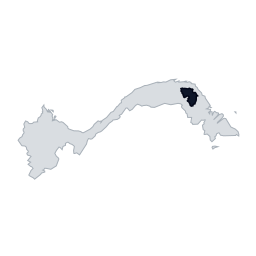 Lâm Đồng on a map of Vietnam (Natural Earth projection), rotated 267°
{"feature_id": "VNM-480", "entity_name": "Lâm Đồng", "entity_type": "Province", "adm_level": 1, "iso_a3": "VNM", "parent_name": "Vietnam", "parent_adm1": "", "projection": "natural_earth1", "projection_center": [108.021, 11.753], "detail": "fine", "context": "in_parent", "style": "filled", "palette": "ink", "viewbox_px": 256, "rotation_deg": 267, "n_neighbors": 0, "source": "natural_earth", "source_scale": "10m", "svg_char_len": 5819}
<svg xmlns="http://www.w3.org/2000/svg" viewBox="0 0 256 256"><g transform="rotate(267 128 128)"><path d="M155.4,45.2L153.3,45.3L151.1,47.3L148.3,48.5L147.6,52.0L145.2,53.5L144.0,52.8L141.6,53.5L139.1,52.8L140.0,56.7L137.4,59.9L137.7,61.9L137.0,63.4L132.5,67.9L131.2,67.9L130.2,68.7L128.0,73.9L127.7,78.3L126.8,80.8L125.8,81.9L125.6,83.2L128.9,90.2L131.2,93.0L133.4,94.4L136.7,98.5L136.1,99.6L136.4,101.9L134.8,101.2L135.0,101.5L136.9,102.7L139.6,107.2L144.5,111.8L145.3,114.2L150.0,118.0L149.9,118.5L153.2,121.6L153.6,122.8L156.1,122.7L158.4,126.3L159.1,126.3L159.3,127.8L163.1,133.8L166.2,136.9L167.7,142.5L169.5,146.8L169.6,149.3L172.3,159.7L172.1,161.0L171.6,159.7L171.7,163.6L172.2,165.7L171.9,168.3L173.9,173.1L174.2,178.4L172.8,176.2L171.3,177.7L172.4,181.5L171.1,181.2L171.3,186.3L171.8,188.1L171.7,188.7L171.0,187.4L170.5,189.8L171.0,191.5L170.2,193.3L169.0,193.5L168.3,197.3L166.2,197.6L164.7,199.3L162.8,200.0L159.2,203.3L156.9,203.8L155.7,206.5L153.7,206.8L146.2,211.3L145.4,210.2L144.0,209.8L143.0,207.4L142.2,211.3L141.6,211.5L140.5,210.8L139.4,209.2L137.8,210.3L139.6,210.6L140.0,211.6L139.8,212.8L136.0,212.8L139.4,214.4L140.1,215.5L138.5,217.4L138.5,218.7L137.7,219.3L135.8,218.1L131.8,213.9L136.6,219.9L137.4,222.6L136.3,223.8L134.9,223.9L132.7,222.1L129.1,217.8L127.9,217.2L132.1,223.3L132.7,224.7L132.2,226.2L123.6,230.8L121.3,235.1L118.6,237.7L115.8,238.4L114.2,238.2L115.9,235.9L114.9,235.1L115.2,223.1L116.0,220.0L118.4,218.7L118.4,218.1L117.6,216.2L115.6,215.5L114.7,214.2L112.9,214.7L109.9,211.1L111.7,209.5L115.3,209.3L117.8,206.8L117.5,204.0L117.8,203.6L121.3,204.6L122.5,203.0L126.9,202.5L128.2,204.3L129.3,204.0L131.3,205.3L132.2,205.4L131.8,203.5L132.1,201.8L128.2,197.9L128.2,192.8L129.2,192.6L130.2,191.0L135.2,192.1L135.4,188.2L139.1,187.7L139.9,186.6L142.0,186.2L145.6,182.8L147.1,182.6L147.9,183.5L149.4,181.9L150.0,179.3L149.0,172.0L150.7,165.9L147.2,155.6L147.6,152.0L148.7,150.8L149.8,147.8L149.6,144.5L149.1,142.9L150.0,141.7L151.3,138.8L150.1,136.7L146.5,133.3L145.1,130.6L148.0,128.3L148.0,127.0L142.1,122.3L141.1,119.9L139.7,120.8L138.6,120.2L137.2,117.9L136.7,113.3L135.7,112.6L133.7,109.4L130.4,106.4L126.4,101.6L125.6,100.2L125.1,97.9L123.5,95.4L121.9,94.9L119.1,91.6L118.8,90.3L119.5,88.0L117.6,86.8L114.1,85.7L103.7,78.2L105.9,75.5L105.3,73.1L105.5,72.6L108.4,72.5L112.5,73.5L114.5,71.4L115.4,69.2L116.9,67.5L116.9,66.5L115.9,64.7L114.0,64.7L113.0,62.1L109.8,61.1L111.9,59.4L112.6,58.1L109.6,55.5L106.5,53.6L103.7,54.9L101.6,57.0L100.6,57.3L93.9,54.4L90.8,48.8L92.0,44.2L92.1,42.6L90.8,41.8L90.4,40.7L89.4,42.6L88.4,42.6L87.5,39.2L86.3,38.4L81.8,32.1L83.2,30.8L85.4,27.2L86.2,26.5L90.7,29.0L92.6,31.1L94.5,29.7L94.6,28.9L97.0,26.3L99.0,29.0L100.7,26.1L104.7,29.7L105.3,29.0L106.1,26.5L107.2,25.8L108.1,25.7L109.2,27.1L110.1,27.2L112.1,25.7L114.1,25.5L115.4,24.1L115.8,21.3L116.3,20.8L121.5,17.6L123.6,19.3L124.9,21.7L126.7,22.4L128.6,24.0L130.1,23.7L130.6,23.2L132.4,23.3L134.1,24.9L137.4,24.2L140.4,26.1L139.4,28.2L137.9,29.2L137.5,30.3L137.5,32.7L138.8,34.2L138.9,38.1L139.7,37.8L142.7,38.9L143.9,40.9L145.4,42.0L146.5,42.1L147.5,43.7L148.6,43.2L149.0,43.8L151.2,43.6L152.7,43.0L155.4,45.2ZM105.2,211.4L105.4,213.9L104.6,216.8L103.8,213.6L102.5,211.7L104.2,210.9L105.2,211.4ZM150.7,49.5L148.9,51.4L148.2,51.4L149.1,48.7L150.7,49.5ZM143.5,56.6L143.0,56.6L142.0,55.4L142.5,54.8L143.6,55.2L143.9,55.8L143.5,56.6ZM149.7,53.9L149.0,54.3L148.1,54.2L150.0,52.3L149.7,53.9ZM140.5,53.9L141.2,55.8L140.2,54.8L140.5,53.9ZM145.4,210.6L144.0,212.2L143.9,211.5L145.4,210.6ZM138.4,236.6L137.3,236.6L138.5,235.6L138.4,236.6Z" fill="#d9dde1" stroke="#a8b0b8" stroke-width="1"/><path d="M164.9,184.7L164.7,184.9L164.6,185.1L164.5,185.3L164.4,185.5L164.5,185.8L164.5,186.1L164.6,186.4L164.4,187.8L163.9,189.8L163.9,190.2L164.0,190.5L164.3,190.9L164.4,191.1L164.5,191.2L164.4,191.5L164.1,192.2L163.6,192.6L163.5,192.8L163.5,193.0L163.6,193.9L163.5,194.1L163.4,194.5L163.1,194.8L162.9,194.7L162.6,194.5L162.3,194.4L160.6,194.5L160.4,194.6L160.1,194.7L159.9,194.9L159.8,195.1L159.7,195.3L159.7,195.6L159.7,195.9L159.8,196.1L160.0,196.5L160.0,196.8L159.9,197.0L159.6,197.2L159.3,197.5L158.9,197.7L158.5,197.9L158.0,198.0L157.7,198.1L157.4,198.3L157.2,198.5L156.9,199.0L156.7,199.2L156.5,199.3L156.4,199.3L156.4,199.2L156.4,198.7L156.4,198.3L156.3,198.1L156.1,197.9L155.8,197.8L152.6,197.6L152.2,197.5L151.7,197.4L151.3,197.2L150.7,196.9L149.6,196.3L149.1,196.2L148.9,196.2L148.7,196.2L148.6,195.9L148.6,195.7L148.8,195.4L148.8,195.2L148.6,195.0L148.4,194.9L148.1,194.8L147.9,194.6L147.9,194.2L147.7,193.9L147.3,193.9L146.8,193.9L146.8,193.6L146.8,193.4L146.7,193.2L146.5,192.9L146.5,192.5L146.8,192.0L147.0,191.7L147.9,191.1L148.3,191.2L148.6,191.2L148.9,191.1L149.0,191.0L149.2,190.9L149.3,190.8L149.5,190.7L149.9,190.6L150.1,190.6L150.9,190.0L151.5,189.3L151.6,189.1L151.7,188.9L151.8,188.8L152.1,188.7L152.3,188.8L152.4,189.2L152.4,189.3L152.5,189.4L152.7,189.6L152.8,189.6L153.0,189.6L153.4,189.6L153.6,189.5L154.0,189.4L154.3,189.5L154.5,189.7L154.5,189.9L154.4,190.0L154.5,190.2L154.5,190.4L154.6,190.5L154.8,190.5L155.2,190.4L155.3,190.4L155.4,190.5L155.5,190.6L155.6,190.8L155.8,190.8L156.0,190.6L156.5,190.0L156.7,189.6L156.8,189.2L156.8,188.9L156.9,188.5L156.8,188.3L156.7,188.2L156.5,187.9L156.4,187.8L156.1,187.5L156.0,187.3L156.0,187.2L155.9,186.8L155.9,186.7L155.7,186.5L155.6,186.4L155.5,186.2L155.6,185.7L155.8,185.5L156.0,185.5L156.2,185.3L156.4,185.2L156.9,185.3L157.2,185.2L157.3,185.0L157.5,184.9L157.8,184.8L158.1,184.9L158.4,184.9L158.5,185.0L158.8,185.0L158.9,184.9L158.9,184.7L159.1,184.4L159.6,184.1L159.8,183.9L160.0,183.8L160.7,183.9L160.9,183.9L161.1,183.7L161.9,183.0L162.1,182.9L162.3,182.9L162.6,183.0L163.2,183.3L163.4,183.3L163.7,183.3L163.9,183.2L164.4,182.9L164.6,182.9L164.7,183.3L164.9,184.7Z" fill="#0f172a" stroke="#020617" stroke-width="1.5"/></g></svg>